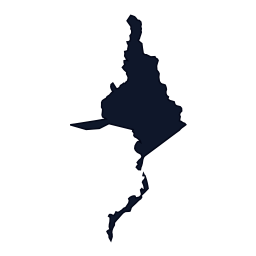 the district of Pedreiras, Maranhão, Brazil
{"feature_id": "56859067B63468950003415", "entity_name": "Pedreiras", "entity_type": "district", "adm_level": 2, "iso_a3": "BRA", "parent_name": "Brazil", "parent_adm1": "Maranhão", "projection": "robinson", "projection_center": [-44.591, -4.656], "detail": "fine", "context": "isolated", "style": "filled", "palette": "ink", "viewbox_px": 256, "rotation_deg": 0, "n_neighbors": 0, "source": "geoboundaries", "source_scale": "gbopen_adm2", "svg_char_len": 3217}
<svg xmlns="http://www.w3.org/2000/svg" viewBox="0 0 256 256"><path d="M140.4,169.7L140.8,167.4L141.5,165.7L142.1,163.5L142.7,159.6L143.5,157.3L144.7,155.9L157.2,146.6L175.4,133.0L179.4,130.1L180.4,128.9L182.0,127.5L183.3,126.6L185.8,124.7L184.7,123.4L183.0,122.8L181.1,121.5L179.5,120.8L179.8,118.4L180.2,116.7L179.4,114.8L180.1,112.7L181.7,111.0L181.5,108.3L180.2,106.8L178.3,106.3L176.4,105.8L174.9,104.6L174.1,101.8L171.6,101.1L169.8,100.6L167.8,99.1L168.4,96.8L166.7,95.6L165.9,93.5L165.8,91.6L166.4,89.3L166.0,87.3L165.2,85.1L163.6,84.5L162.2,84.2L160.6,83.3L159.3,81.3L158.7,77.1L159.1,73.7L158.4,72.1L156.8,70.1L156.5,65.9L157.3,62.9L158.1,60.5L157.4,59.1L155.7,58.2L154.9,56.7L150.7,56.9L146.5,54.8L144.9,54.7L143.2,53.5L142.6,49.8L142.3,47.9L142.1,46.2L141.8,43.6L139.2,41.5L138.2,40.1L139.3,38.7L139.7,37.1L140.5,34.8L141.3,32.1L140.9,30.6L141.3,28.8L140.7,26.6L141.2,24.4L140.8,22.0L139.3,20.5L137.4,20.2L136.0,18.3L134.6,16.8L132.6,16.0L130.7,15.4L127.1,20.8L128.2,22.4L129.7,24.5L131.2,26.7L130.9,28.9L131.7,30.3L131.8,32.5L131.2,34.3L130.0,35.7L130.4,37.5L130.5,39.3L130.1,40.8L128.5,41.8L127.1,41.8L127.6,43.6L128.5,44.9L128.3,46.8L127.9,48.4L127.9,50.0L126.7,51.1L124.7,51.5L125.0,53.5L124.7,56.0L125.8,57.9L127.5,60.5L125.7,60.4L124.1,60.8L124.2,62.8L124.9,64.4L123.6,66.0L122.4,67.4L124.1,69.6L126.9,72.2L126.6,73.9L127.4,75.3L128.2,77.1L128.1,78.9L127.5,81.1L126.1,82.0L125.3,83.5L123.8,83.2L122.2,84.5L120.5,85.5L119.9,87.0L118.3,88.5L116.4,88.8L112.8,83.1L111.1,84.5L110.8,86.7L111.2,88.4L112.1,90.3L113.0,91.6L111.3,93.0L109.6,95.1L107.2,96.6L106.2,98.4L104.6,99.2L102.5,100.7L101.7,102.4L101.7,104.8L101.6,107.2L102.7,109.1L102.5,111.9L102.1,114.9L102.7,116.9L104.4,117.7L106.1,119.0L96.7,120.7L74.6,124.2L73.0,124.4L70.2,124.8L86.2,129.4L99.4,128.4L108.9,123.6L133.2,129.6L132.6,131.2L134.2,133.1L133.9,135.6L135.0,136.9L136.3,137.4L138.2,138.8L140.2,140.6L140.7,142.5L138.9,141.4L137.6,141.8L136.5,143.2L135.1,145.9L134.8,148.5L135.4,150.0L136.9,151.7L138.0,152.5L139.6,153.3L141.0,154.1L142.1,156.3L141.2,158.5L139.2,160.1L137.2,162.5L138.6,164.4L137.2,165.8L136.3,167.2L138.5,169.6L140.4,169.7ZM141.3,195.3L139.5,197.1L137.6,197.6L135.9,198.0L134.8,196.0L133.3,196.0L131.8,196.5L130.2,197.3L128.7,198.7L129.4,200.5L128.8,203.0L127.4,205.1L125.8,207.5L123.7,208.4L122.0,210.1L120.6,211.0L119.5,211.9L117.6,212.5L116.0,211.9L115.1,213.8L114.0,215.5L112.3,215.2L110.9,214.5L109.5,214.6L108.6,216.2L110.2,217.3L110.2,219.3L110.0,222.1L109.5,224.3L109.3,226.8L110.1,229.8L108.4,230.3L107.0,231.4L107.7,233.0L109.0,234.8L109.2,237.6L110.9,240.6L112.1,236.8L112.0,234.2L111.6,232.3L112.0,230.0L112.8,227.8L114.3,225.1L114.4,222.6L116.7,219.8L118.3,218.1L120.3,215.8L122.0,213.9L123.3,212.6L125.5,211.4L128.1,211.3L129.9,211.1L130.5,209.7L131.0,207.9L131.9,206.6L134.4,204.3L135.7,203.1L136.8,202.0L138.6,200.2L140.7,198.7L141.6,197.3L141.3,195.3ZM141.8,188.6L140.6,189.9L141.0,191.7L141.5,193.6L141.3,195.3L144.9,191.9L146.1,190.6L148.1,188.5L147.6,185.5L147.0,182.6L146.4,180.3L145.4,177.1L144.7,179.3L143.2,180.7L142.5,182.2L143.7,184.9L144.2,186.9L144.4,189.3L143.0,190.2L141.8,188.6ZM144.5,175.8L143.5,173.6L143.0,175.6L144.5,175.8Z" fill="#0f172a" stroke="#020617" stroke-width="1.5"/></svg>